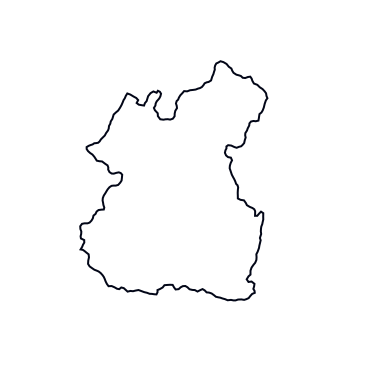 the district of Malacacheta, Minas Gerais, Brazil, rotated 310°
{"feature_id": "56859067B170953880519", "entity_name": "Malacacheta", "entity_type": "district", "adm_level": 2, "iso_a3": "BRA", "parent_name": "Brazil", "parent_adm1": "Minas Gerais", "projection": "orthographic", "projection_center": [-42.098, -17.856], "detail": "fine", "context": "isolated", "style": "outline", "palette": "ink", "viewbox_px": 384, "rotation_deg": 310, "n_neighbors": 0, "source": "geoboundaries", "source_scale": "gbopen_adm2", "svg_char_len": 4334}
<svg xmlns="http://www.w3.org/2000/svg" viewBox="0 0 384 384"><g transform="rotate(310 192 192)"><path d="M155.1,304.9L156.5,303.4L157.2,301.3L159.5,300.3L161.8,298.9L161.7,295.2L159.4,293.1L160.3,290.0L163.7,289.5L166.3,289.9L169.3,287.4L172.4,286.2L175.8,285.9L178.4,285.9L181.3,285.0L183.5,283.4L185.7,281.3L188.4,280.7L192.2,279.3L194.2,278.1L196.8,276.8L199.2,275.6L200.4,273.6L202.3,272.8L204.3,272.0L206.0,270.1L208.3,268.4L210.1,267.3L212.5,266.5L214.5,265.4L216.7,264.3L219.0,262.3L221.6,260.2L221.3,257.5L218.8,257.3L215.7,257.3L214.3,255.6L216.2,254.1L217.9,252.7L218.8,250.8L218.6,248.6L217.7,245.7L217.2,242.5L218.2,240.3L219.0,237.2L217.2,234.2L216.5,231.3L218.6,229.5L220.7,227.6L223.2,225.7L225.1,224.5L226.4,222.6L226.6,220.5L227.9,218.4L228.9,216.3L229.9,213.7L230.9,211.3L232.7,208.4L234.4,205.6L236.5,204.1L239.1,203.0L242.0,202.3L243.3,199.7L241.9,197.2L241.9,194.6L243.2,192.0L245.5,190.8L247.5,190.4L249.0,189.1L251.1,189.6L252.8,192.2L253.7,195.6L254.6,197.8L256.7,198.9L258.7,200.3L260.9,200.5L263.0,200.5L265.7,199.1L268.2,198.1L269.6,196.3L271.4,195.0L274.5,194.6L276.5,193.8L279.7,193.1L281.5,191.9L283.9,191.9L285.9,193.4L287.2,195.4L289.4,197.0L291.5,195.8L293.4,194.6L295.1,193.6L297.5,194.1L300.0,193.7L302.9,192.7L306.3,191.0L309.7,189.7L312.3,189.5L313.4,187.4L315.2,185.3L315.8,183.0L316.2,179.9L315.8,176.6L316.1,173.2L314.9,169.7L316.0,166.7L317.2,164.8L317.8,162.5L316.0,160.9L313.5,159.5L312.1,157.4L312.3,154.9L311.5,152.9L310.4,150.6L310.0,147.2L310.8,144.8L311.9,142.8L311.6,139.7L312.3,136.2L311.7,132.6L310.5,129.8L308.0,128.9L306.1,128.0L303.9,128.4L301.8,129.4L300.4,130.8L298.3,131.6L296.1,132.6L293.2,133.4L289.7,134.9L287.0,134.0L285.5,132.8L283.4,131.8L281.3,132.1L278.8,132.1L276.7,131.3L275.0,130.1L272.9,129.0L271.1,127.4L268.7,125.1L266.0,123.6L264.2,121.1L261.6,121.1L258.6,120.9L255.9,121.3L253.9,122.0L251.8,121.8L249.5,122.8L248.2,124.9L246.6,126.6L243.5,127.0L241.0,128.3L238.8,130.0L235.8,130.2L233.4,128.7L232.3,126.8L231.0,125.3L229.0,123.6L227.3,120.9L228.2,117.1L230.3,115.1L230.8,111.0L231.9,108.8L234.7,108.4L236.4,107.3L238.7,106.7L242.5,106.8L244.9,106.3L247.4,105.1L248.1,103.0L247.6,100.8L245.3,101.1L244.2,97.8L241.1,96.7L237.2,96.8L234.8,97.8L232.5,98.8L229.8,98.8L227.4,99.7L226.3,97.9L224.7,95.1L224.6,92.4L227.8,91.7L228.2,88.9L227.6,86.0L227.0,82.1L225.9,79.1L223.1,79.5L220.5,80.3L218.5,80.5L216.1,81.3L213.4,82.1L210.3,82.7L206.9,83.1L204.2,82.6L201.0,82.2L198.9,83.1L196.8,84.0L193.8,84.4L191.8,85.5L189.2,86.0L187.1,87.4L185.2,88.1L182.0,88.3L179.2,88.9L176.1,88.6L173.7,88.4L171.5,88.7L169.5,88.5L168.0,87.3L166.5,85.8L164.6,85.3L162.7,84.1L161.0,83.2L158.7,82.4L157.2,83.7L156.5,86.1L156.4,89.0L156.7,91.6L156.2,94.5L155.5,96.8L154.8,98.9L156.0,101.2L157.6,103.5L157.8,107.4L158.1,110.2L157.0,112.1L155.3,113.4L154.2,116.0L154.5,118.6L155.8,120.3L158.0,121.7L160.0,123.3L160.7,125.2L160.4,127.4L157.8,129.2L155.5,130.7L153.1,131.0L150.0,130.9L147.9,129.5L146.4,127.7L145.0,126.4L142.6,125.7L139.8,125.7L137.7,126.0L135.3,126.4L132.6,126.7L130.0,127.6L128.0,129.0L126.6,130.8L125.1,132.5L123.7,134.8L121.9,135.7L120.2,133.9L118.1,132.0L115.7,131.5L113.2,132.2L110.6,131.7L108.0,133.0L105.4,133.4L102.7,133.2L100.8,132.1L98.9,129.8L96.9,128.2L93.9,128.4L91.9,130.3L90.6,132.6L88.6,134.1L86.5,135.1L85.0,136.8L85.9,140.3L84.0,142.0L81.5,142.4L79.5,143.1L76.4,143.6L77.5,145.6L77.7,147.7L77.7,149.9L77.8,152.9L75.7,155.1L72.8,156.6L70.1,158.6L69.2,161.4L69.4,164.1L69.7,167.2L70.5,169.5L71.1,171.6L71.2,174.2L70.8,177.0L70.2,179.1L69.3,181.0L68.0,183.3L66.9,185.8L66.2,188.6L68.3,190.9L69.2,193.9L69.7,196.8L70.8,198.7L73.4,199.2L74.5,201.5L74.4,204.1L74.3,206.7L76.6,208.4L78.1,210.6L80.3,212.2L82.5,214.0L83.5,216.7L84.6,219.8L85.9,222.4L86.8,225.0L88.2,226.8L89.4,228.8L90.7,230.6L93.1,230.0L94.7,228.6L97.0,229.8L100.0,230.9L102.9,230.8L104.8,232.7L106.8,234.8L108.4,236.9L107.4,239.5L106.8,242.1L109.0,244.2L111.8,244.6L114.0,245.5L115.7,247.3L116.1,249.7L115.9,252.6L117.2,255.2L118.7,257.2L119.3,260.2L122.4,261.5L124.4,262.5L124.8,265.0L124.5,267.7L125.9,269.7L126.9,272.3L127.1,275.4L127.1,277.6L128.2,279.8L129.2,281.5L130.0,283.7L131.1,286.1L132.0,288.9L134.4,291.2L135.6,293.4L136.9,295.0L139.2,296.4L141.4,298.8L142.9,301.3L144.8,302.5L147.1,303.6L149.9,303.5L152.6,303.6L155.1,304.9Z" fill="none" stroke="#020617" stroke-width="2"/></g></svg>